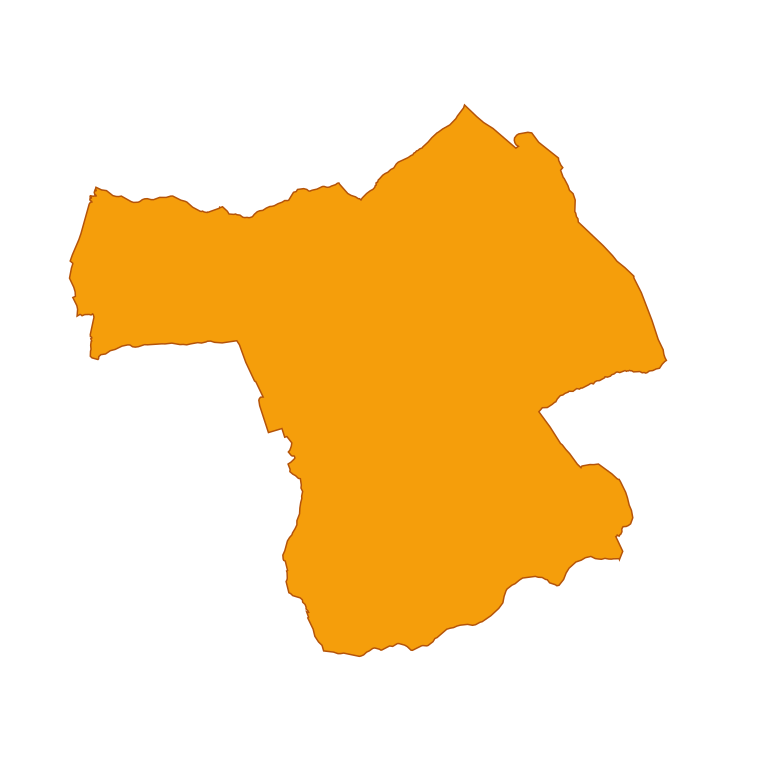 Zatreni, Vâlcea, Romania (Mercator projection), rotated 255°
{"feature_id": "2599482B72418277367964", "entity_name": "Zatreni", "entity_type": "district", "adm_level": 2, "iso_a3": "ROU", "parent_name": "Romania", "parent_adm1": "Vâlcea", "projection": "mercator", "projection_center": [23.843, 44.774], "detail": "fine", "context": "isolated", "style": "filled", "palette": "amber", "viewbox_px": 768, "rotation_deg": 255, "n_neighbors": 0, "source": "geoboundaries", "source_scale": "gbopen_adm2", "svg_char_len": 6171}
<svg xmlns="http://www.w3.org/2000/svg" viewBox="0 0 768 768"><g transform="rotate(255 384 384)"><path d="M632.7,534.0L630.1,532.3L623.9,524.3L621.7,522.1L617.2,514.6L615.2,506.7L613.1,501.4L612.9,500.3L609.5,493.9L606.2,489.1L602.9,482.8L602.2,482.2L601.8,479.1L600.9,477.5L600.7,475.7L599.6,474.1L599.3,472.6L597.9,471.1L597.8,469.7L596.4,465.5L594.6,455.2L593.4,452.9L590.1,449.3L589.4,446.0L587.5,442.5L587.0,439.6L586.0,436.8L583.1,432.4L582.8,431.5L580.4,429.8L580.6,429.0L580.2,428.3L578.2,428.0L578.0,427.0L576.3,425.9L574.9,423.7L574.2,420.7L572.5,416.5L569.3,411.1L567.7,409.4L569.3,408.4L569.7,407.1L572.1,405.0L574.8,400.9L577.4,398.3L588.5,392.8L589.8,392.5L590.0,391.7L589.9,390.7L589.1,388.8L588.8,384.4L588.3,382.2L588.7,379.9L590.4,377.2L590.7,375.6L589.6,369.7L589.8,364.6L589.5,362.2L590.1,361.1L591.9,359.8L593.5,357.0L594.3,350.8L592.6,349.0L592.6,346.2L586.2,339.5L586.1,338.4L586.9,335.6L586.0,332.7L585.6,328.3L584.6,324.2L584.6,321.8L585.0,319.6L584.4,315.8L583.1,311.9L583.5,308.7L583.2,306.1L581.5,302.7L579.7,300.3L579.5,299.1L579.5,296.8L580.4,294.8L580.8,292.5L581.6,290.8L584.4,288.6L585.5,285.9L586.6,284.6L586.7,282.8L588.3,278.3L591.4,277.4L597.0,273.9L596.8,271.5L597.3,271.0L596.4,270.5L595.4,258.1L595.7,258.0L595.6,257.1L596.5,255.1L598.0,253.4L597.9,252.3L598.4,251.2L604.3,244.9L610.7,240.7L612.0,239.1L614.2,235.3L620.2,228.6L620.7,226.7L620.6,221.9L622.3,215.7L621.7,209.1L622.4,206.7L624.3,203.3L624.8,200.6L624.6,198.2L623.6,195.8L623.2,193.7L624.2,189.1L625.6,187.0L633.5,178.9L633.7,176.2L634.5,173.7L636.2,170.8L642.6,166.0L644.6,161.4L648.6,156.7L647.3,155.9L645.3,156.0L645.2,155.5L646.0,154.9L644.1,153.7L642.0,153.7L641.2,154.5L640.2,154.7L640.1,154.3L640.6,153.7L640.6,151.7L641.8,149.2L641.6,148.8L640.8,148.5L640.4,148.6L640.2,149.5L639.5,149.5L639.1,148.8L639.3,148.1L637.9,147.5L636.1,148.9L635.4,148.9L635.5,147.4L634.1,145.8L607.7,130.2L602.5,126.7L589.4,116.4L584.0,112.7L581.3,114.6L580.6,114.5L576.9,112.1L567.6,107.6L557.7,109.4L552.8,109.5L548.5,108.6L548.1,105.8L539.2,107.6L535.5,107.4L529.0,105.1L529.9,108.3L529.6,108.9L528.1,110.0L528.5,112.9L527.5,117.2L526.5,118.9L527.1,120.7L526.5,121.1L523.7,121.2L507.8,113.1L505.8,112.7L505.1,113.6L504.1,113.7L503.6,112.5L501.2,112.8L500.8,112.1L497.4,110.7L493.4,110.0L491.6,109.0L486.8,107.5L484.8,108.7L481.7,114.0L482.2,114.8L484.3,115.6L485.6,118.1L485.1,122.9L487.0,128.2L487.0,133.3L488.4,140.8L488.1,146.6L487.4,148.8L485.1,150.7L484.0,153.3L483.6,156.4L484.0,162.8L483.1,165.7L480.3,179.8L479.4,182.9L478.4,189.6L474.9,197.1L474.2,200.3L472.9,203.6L472.8,207.6L472.2,214.7L470.8,218.4L470.7,223.0L471.0,224.6L470.3,227.7L468.1,231.1L465.6,238.3L463.9,253.0L459.3,254.5L440.7,256.1L420.5,259.7L419.2,260.8L402.7,263.9L403.2,261.3L402.1,259.8L400.8,258.9L395.2,258.3L367.0,259.8L367.4,273.9L358.3,274.3L358.4,276.6L351.0,279.7L348.0,278.4L344.4,275.9L343.1,274.0L339.2,275.8L338.2,276.7L337.9,278.4L336.4,278.9L335.5,278.7L334.7,277.7L332.6,273.9L331.5,270.6L325.9,271.2L323.7,270.4L320.5,272.6L318.4,274.8L315.0,276.9L314.2,278.7L307.9,278.0L305.0,276.9L301.2,277.6L296.9,275.4L294.7,275.0L291.1,272.9L286.1,270.7L280.4,268.8L274.5,264.5L270.5,263.4L267.3,260.7L263.7,257.0L262.2,256.1L260.2,253.1L257.4,250.1L248.6,245.0L244.9,242.0L241.0,241.3L239.6,241.5L238.5,242.8L228.8,242.6L228.6,241.5L227.0,241.6L221.8,240.4L220.4,239.9L218.5,238.3L207.0,238.1L205.8,239.5L203.2,241.1L199.1,247.7L196.6,249.3L194.3,249.0L191.5,250.7L188.7,251.0L186.9,250.5L184.8,251.7L182.9,252.1L183.0,251.2L183.9,250.3L178.3,250.8L177.8,249.8L165.6,252.1L158.2,251.9L151.8,254.0L147.6,256.5L141.8,256.6L138.1,265.9L135.5,269.7L134.8,272.2L134.5,275.4L127.3,289.7L127.2,291.3L127.6,294.2L129.5,297.8L130.0,300.7L131.5,304.7L131.5,306.4L131.0,307.5L128.9,311.1L127.9,311.9L127.6,312.9L129.5,321.6L128.3,324.5L129.8,329.7L129.4,331.3L126.4,336.4L124.3,338.5L119.9,341.2L119.4,342.6L121.4,352.6L121.3,353.9L120.0,357.5L120.0,358.8L122.4,364.6L125.0,367.3L125.3,369.6L130.9,381.1L131.0,384.7L130.7,388.1L131.3,391.9L131.3,395.3L130.2,402.5L128.0,407.1L127.8,410.2L129.0,415.1L129.0,417.3L132.5,427.2L137.5,436.7L141.9,442.2L147.7,445.0L152.8,448.4L154.2,449.9L156.6,455.6L157.2,459.0L159.6,464.2L160.7,467.7L159.0,480.4L157.4,483.0L156.2,486.7L153.5,489.4L152.6,491.1L149.1,492.5L145.6,497.8L144.6,498.4L144.3,499.5L144.3,501.0L148.7,506.9L154.3,511.0L158.2,515.1L162.4,523.3L162.8,529.0L164.1,533.6L163.9,539.2L160.7,542.9L159.6,545.5L158.4,548.7L158.4,552.3L156.7,555.9L155.9,558.6L155.8,560.1L154.4,566.0L153.5,566.0L160.6,571.3L176.6,568.4L177.0,569.7L177.7,570.2L176.2,571.7L177.5,573.1L177.6,573.8L179.7,575.6L182.5,576.2L184.3,578.0L183.7,581.1L184.1,583.5L185.1,586.0L190.4,589.7L197.8,590.3L203.6,589.5L211.1,589.7L216.9,589.4L228.6,587.1L231.0,586.4L231.0,585.9L232.2,584.6L238.0,581.0L251.2,570.4L251.8,565.9L252.9,562.0L253.5,554.8L253.4,553.6L252.2,552.6L256.5,550.0L268.7,545.3L273.7,542.7L279.0,540.5L280.9,539.1L299.4,533.3L317.1,526.4L320.1,530.8L319.0,535.7L320.8,541.2L322.2,544.2L322.3,545.3L324.6,547.4L327.2,551.3L327.1,554.0L328.1,556.4L328.5,559.8L329.1,560.8L328.0,564.6L329.7,569.0L328.5,571.5L329.1,572.9L328.8,574.5L330.3,581.6L331.0,583.4L330.8,585.2L330.0,585.9L329.9,586.4L331.3,588.0L332.0,590.3L331.5,593.1L332.9,598.7L333.8,599.4L332.8,601.6L333.0,604.8L334.0,606.3L334.2,608.9L335.3,611.4L335.1,612.8L334.0,614.7L334.6,620.3L333.5,621.5L333.7,622.5L333.4,623.4L333.6,624.8L332.9,625.7L332.8,626.5L331.1,628.2L329.8,634.4L328.0,636.3L327.8,638.2L326.8,639.6L326.9,641.2L327.9,643.7L327.4,647.1L328.1,650.9L327.9,654.2L331.2,657.9L333.1,661.1L333.7,662.9L336.8,662.2L340.3,662.0L344.9,662.5L356.0,660.4L376.1,659.3L405.6,656.2L421.3,652.9L422.9,652.9L423.4,653.3L433.9,646.9L442.3,640.8L448.8,638.0L460.9,631.5L490.1,613.6L493.5,614.1L495.7,613.2L499.5,613.4L501.1,612.9L512.2,616.3L518.9,615.9L523.1,613.3L528.0,613.0L536.0,611.2L537.1,610.6L544.8,609.9L546.7,612.7L549.6,611.5L554.8,610.6L557.1,611.0L577.4,596.0L588.3,591.7L589.9,588.1L590.7,578.8L590.0,576.5L587.9,573.8L585.6,572.9L583.1,572.9L580.8,573.6L578.8,575.4L577.7,572.4L602.4,555.6L610.8,547.9L618.2,542.8L632.7,534.0Z" fill="#f59e0b" stroke="#b45309" stroke-width="1.5"/></g></svg>